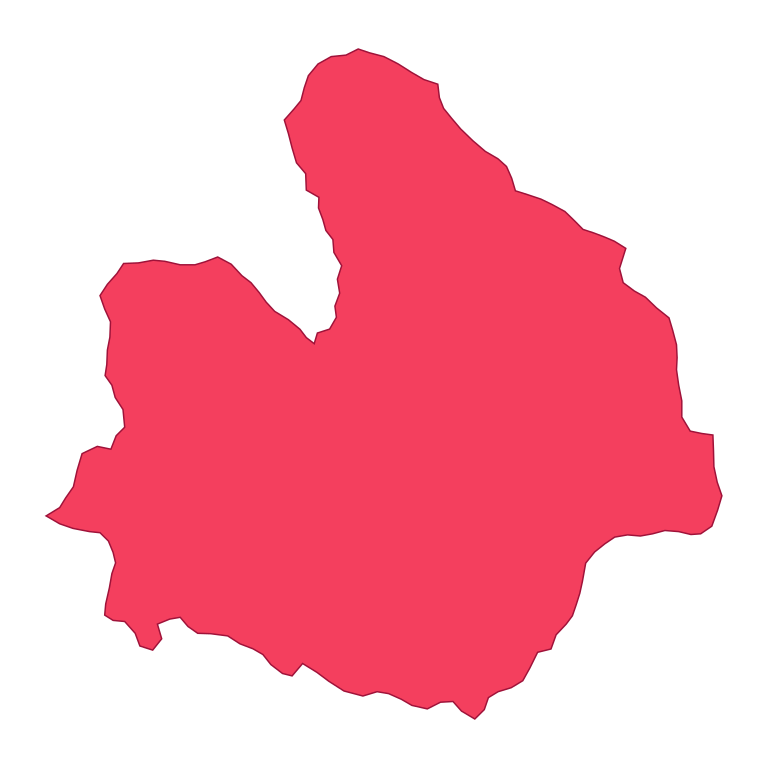 Onça de Pitangui, Minas Gerais, Brazil
{"feature_id": "56859067B58243953475377", "entity_name": "Onça de Pitangui", "entity_type": "district", "adm_level": 2, "iso_a3": "BRA", "parent_name": "Brazil", "parent_adm1": "Minas Gerais", "projection": "mercator", "projection_center": [-44.742, -19.698], "detail": "fine", "context": "isolated", "style": "filled", "palette": "rose", "viewbox_px": 768, "rotation_deg": 0, "n_neighbors": 0, "source": "geoboundaries", "source_scale": "gbopen_adm2", "svg_char_len": 2329}
<svg xmlns="http://www.w3.org/2000/svg" viewBox="0 0 768 768"><path d="M239.9,643.8L253.0,648.8L262.9,654.5L270.9,664.6L282.5,673.5L292.1,675.9L302.6,663.5L317.0,672.4L329.0,681.4L344.0,691.0L362.9,696.0L377.1,691.7L388.6,693.6L401.4,699.3L411.9,705.4L427.3,708.9L440.5,702.2L453.0,701.5L461.5,711.1L474.8,719.0L484.3,709.6L488.4,697.6L498.1,691.7L511.2,687.7L522.8,680.7L529.8,668.1L537.6,652.3L551.0,649.0L556.1,634.8L566.2,624.1L572.4,615.8L576.3,604.4L579.8,593.3L582.4,581.5L585.7,563.1L594.6,552.0L604.7,543.9L614.7,537.1L627.5,534.9L640.4,536.0L652.6,533.8L664.9,530.5L678.7,531.6L690.9,534.5L700.7,533.8L711.8,526.2L717.6,510.2L721.9,495.8L717.2,482.2L713.9,466.7L713.5,450.8L712.9,435.0L701.8,433.5L690.2,431.1L681.8,417.1L681.8,400.9L678.7,385.2L676.5,369.7L677.1,357.7L676.5,344.8L672.7,330.4L669.0,317.9L656.5,307.9L645.4,297.2L634.3,291.0L623.2,282.7L619.5,268.5L625.8,248.4L614.3,241.2L604.7,237.1L594.2,233.1L583.0,229.4L574.6,220.9L564.9,211.5L552.4,204.7L540.9,199.1L527.7,194.7L515.4,190.8L511.7,178.3L506.5,166.5L498.1,158.9L485.3,151.4L472.8,140.7L460.6,128.9L451.2,117.8L443.6,108.4L439.4,97.7L437.8,84.2L424.0,79.6L411.5,72.4L398.1,63.9L383.9,56.6L369.1,52.7L358.2,49.0L346.0,55.1L331.2,56.6L318.1,63.9L308.4,75.6L304.3,87.7L301.0,100.5L294.2,108.8L284.3,120.0L288.4,133.5L292.1,147.9L296.5,162.8L305.7,173.7L306.3,190.1L318.9,197.3L318.5,208.0L322.8,219.4L325.9,230.5L332.9,239.5L333.9,252.4L341.7,265.7L337.4,279.2L339.7,293.2L334.9,306.1L336.4,317.3L329.6,329.1L317.4,333.0L314.2,343.7L306.3,337.6L300.0,329.3L288.4,319.7L274.7,311.4L266.2,302.2L259.2,292.6L251.0,282.7L241.9,275.7L231.2,264.2L217.7,257.0L205.1,261.8L195.0,264.8L180.2,264.8L164.8,261.3L153.3,260.2L138.5,262.9L123.6,263.5L116.9,273.6L107.4,284.3L100.0,295.6L104.7,309.0L110.5,321.8L109.9,337.1L107.4,350.0L106.8,364.5L105.1,375.6L111.9,385.2L115.2,397.5L123.0,409.5L124.7,427.2L116.2,435.7L110.9,449.2L97.3,446.4L82.1,453.6L77.1,470.4L73.4,486.8L65.6,498.0L59.7,507.6L46.1,515.9L59.7,523.8L73.0,528.4L89.5,531.6L100.0,532.7L108.4,541.0L113.1,552.4L115.6,562.9L111.9,573.6L109.4,587.8L105.7,604.0L104.7,615.1L113.1,620.4L124.7,621.5L135.2,633.3L139.9,646.0L152.7,650.1L161.7,638.8L157.4,624.1L169.7,619.1L180.2,617.3L188.0,626.5L197.7,633.3L210.7,633.7L227.7,635.9L239.9,643.8Z" fill="#f43f5e" stroke="#9f1239" stroke-width="1.5"/></svg>